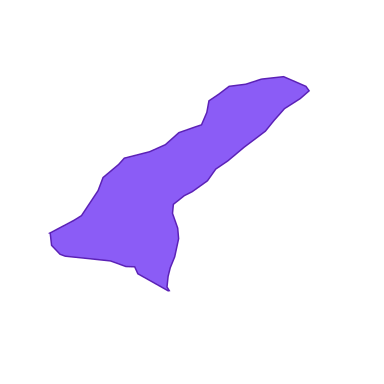 the district of Suhag-2, Suhaj, Egypt, rotated 64°
{"feature_id": "37247803B53988405424911", "entity_name": "Suhag-2", "entity_type": "district", "adm_level": 2, "iso_a3": "EGY", "parent_name": "Egypt", "parent_adm1": "Suhaj", "projection": "mercator", "projection_center": [31.705, 26.543], "detail": "fine", "context": "isolated", "style": "filled", "palette": "violet", "viewbox_px": 384, "rotation_deg": 64, "n_neighbors": 0, "source": "geoboundaries", "source_scale": "gbopen_adm2", "svg_char_len": 890}
<svg xmlns="http://www.w3.org/2000/svg" viewBox="0 0 384 384"><g transform="rotate(64 192 192)"><path d="M166.6,337.8L166.7,337.7L166.9,337.5L178.4,341.6L190.1,337.9L194.1,334.1L218.2,295.5L230.0,284.1L234.1,276.3L241.8,276.5L268.1,258.3L270.3,256.8L270.6,256.1L270.7,255.7L266.4,256.1L264.3,254.8L257.4,250.5L250.5,244.7L242.7,236.0L228.1,224.5L218.2,220.7L202.7,218.9L195.3,214.4L195.1,214.2L194.9,214.1L191.9,200.5L191.8,191.7L188.7,173.2L181.8,160.6L181.0,155.0L179.7,146.0L174.6,125.6L169.5,99.4L163.6,86.8L157.6,72.3L155.5,53.8L152.4,42.4L147.0,43.3L128.5,59.1L126.2,65.5L121.3,79.2L121.1,79.9L120.9,80.6L118.7,96.4L113.3,112.3L115.8,124.9L117.5,136.8L127.0,143.8L135.8,154.0L134.9,160.8L132.9,177.8L137.8,195.2L137.2,212.6L131.9,238.0L132.8,240.2L135.1,245.9L140.0,265.6L149.6,275.8L164.8,301.7L165.7,310.4L166.6,337.8Z" fill="#8b5cf6" stroke="#5b21b6" stroke-width="1.5"/></g></svg>